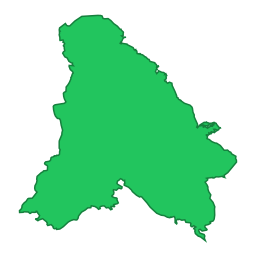 Podeni, Mehedinti, Romania (Equal Earth projection)
{"feature_id": "2599482B44594085370123", "entity_name": "Podeni", "entity_type": "district", "adm_level": 2, "iso_a3": "ROU", "parent_name": "Romania", "parent_adm1": "Mehedinti", "projection": "equal_earth", "projection_center": [22.541, 44.895], "detail": "fine", "context": "isolated", "style": "filled", "palette": "green", "viewbox_px": 256, "rotation_deg": 0, "n_neighbors": 0, "source": "geoboundaries", "source_scale": "gbopen_adm2", "svg_char_len": 5821}
<svg xmlns="http://www.w3.org/2000/svg" viewBox="0 0 256 256"><path d="M102.1,16.0L100.6,15.5L97.7,15.4L81.8,16.4L74.9,21.0L69.8,25.9L68.1,26.0L66.6,25.4L65.4,23.5L59.6,27.9L59.2,30.0L60.0,31.1L59.4,31.2L59.5,33.3L59.2,34.8L59.9,37.6L59.9,40.2L60.1,40.5L63.0,40.0L63.5,41.3L62.9,42.1L64.3,43.0L64.7,43.8L63.4,45.7L63.5,46.0L64.2,46.5L64.3,48.7L64.8,50.8L63.4,51.9L62.7,53.2L64.8,56.8L67.2,58.0L68.9,61.3L71.0,62.7L72.5,63.1L72.3,64.5L73.3,65.7L69.2,65.4L69.1,66.5L70.3,69.6L72.5,71.5L73.2,73.0L72.3,74.0L71.5,76.8L70.9,77.4L70.9,78.9L69.4,82.4L68.0,84.7L66.1,87.1L66.2,88.0L65.9,91.5L64.2,92.3L63.4,93.3L63.7,96.4L64.4,98.9L65.9,101.9L64.5,103.3L55.1,104.8L53.8,105.6L53.3,106.4L53.6,109.9L54.6,114.1L55.5,116.2L57.4,118.4L59.5,118.7L60.4,120.2L61.2,125.1L62.6,130.2L61.9,133.0L61.9,134.5L59.3,140.8L59.2,142.0L59.2,148.2L60.1,149.8L59.6,151.5L59.5,154.2L58.4,155.4L56.8,155.2L56.4,155.8L55.0,155.8L54.6,156.2L54.3,155.9L52.9,157.0L51.7,157.2L51.1,157.6L50.5,160.3L49.4,161.2L45.6,161.9L44.8,162.8L44.6,163.6L45.2,164.5L47.2,165.5L47.6,166.5L47.4,170.0L46.7,170.5L43.5,170.9L42.8,171.9L41.3,172.6L37.1,176.4L36.7,179.2L37.0,180.5L36.4,183.1L35.0,185.7L34.7,188.1L35.1,190.1L37.0,192.1L32.3,198.2L28.6,198.4L27.8,198.8L25.9,201.6L24.4,202.6L22.5,204.8L21.9,206.2L22.1,206.9L21.3,208.9L19.5,210.6L19.6,212.5L23.2,212.3L24.0,211.8L28.3,212.0L29.9,213.4L30.6,213.3L31.6,212.3L35.0,212.4L36.0,212.1L36.1,211.3L36.9,211.3L37.7,213.0L39.6,215.5L39.1,216.9L37.7,218.6L35.8,218.8L35.7,219.3L37.9,220.7L39.2,219.9L42.6,218.7L46.3,221.6L47.3,223.1L47.0,224.4L47.8,225.5L51.2,224.6L53.3,226.8L53.1,227.6L53.9,228.5L54.9,228.8L56.3,228.3L56.7,229.4L59.9,229.0L63.4,226.6L68.3,222.0L70.8,220.6L73.7,219.6L76.2,220.0L77.0,219.8L78.0,218.4L78.6,215.9L81.6,212.1L85.4,209.9L87.7,207.9L90.8,207.7L91.3,205.8L95.0,206.5L97.5,208.1L98.5,209.3L100.2,208.6L99.8,207.7L100.2,206.9L101.0,206.3L102.9,205.9L104.4,206.0L106.3,207.9L108.3,207.5L109.7,208.5L110.5,209.7L112.0,209.3L112.0,208.7L110.9,207.4L111.0,206.4L114.3,206.7L114.6,206.2L113.5,205.3L113.6,204.6L117.3,203.7L118.3,202.9L117.0,199.9L117.1,198.6L116.6,198.0L114.2,197.6L112.0,196.5L111.9,195.8L113.5,194.4L113.7,193.9L113.9,192.2L113.3,190.7L113.5,189.7L116.4,190.2L118.7,188.1L121.1,188.8L121.8,188.3L122.1,186.9L117.8,184.4L116.9,183.3L117.6,180.9L118.7,180.4L120.5,178.7L122.1,179.4L123.3,180.7L124.6,180.3L124.8,183.7L124.2,183.9L124.2,185.2L128.5,187.2L131.4,189.9L132.4,191.6L136.5,195.2L139.6,197.0L140.9,196.5L141.8,197.0L147.0,202.9L150.3,207.3L156.7,213.2L161.2,215.2L164.3,215.6L167.3,217.2L169.7,217.7L170.8,217.0L171.0,217.4L174.1,216.5L174.6,217.0L175.1,218.6L175.1,222.6L176.6,223.9L176.9,223.4L176.6,222.2L175.9,221.2L176.8,219.9L177.9,219.2L178.5,219.6L179.3,219.2L181.8,220.2L184.8,219.8L185.9,222.3L190.2,222.8L190.9,223.4L190.6,225.4L191.1,226.4L192.1,226.8L193.7,225.7L195.8,227.0L193.9,228.1L193.7,228.7L194.5,228.8L195.1,230.2L194.8,231.1L195.4,233.6L198.2,236.1L200.5,236.9L205.3,240.6L204.3,238.1L204.8,236.0L204.1,234.5L199.9,233.1L198.8,231.0L198.8,230.2L199.2,229.5L200.2,229.3L201.6,230.7L202.3,231.0L206.7,230.1L207.0,229.4L204.9,227.2L204.9,225.9L205.6,225.2L208.4,224.5L210.4,223.4L210.7,222.9L209.9,222.1L210.2,221.7L212.9,221.1L213.5,220.4L214.2,219.0L214.7,215.2L214.5,208.9L214.8,206.8L213.0,202.3L209.8,198.4L210.8,194.9L208.8,191.8L207.9,189.0L207.9,186.8L207.4,186.3L207.4,185.5L205.1,182.1L207.6,180.0L207.7,178.6L206.9,178.2L207.3,178.1L212.7,177.5L213.0,178.0L214.4,177.8L215.8,176.8L218.5,176.9L222.7,176.3L223.0,177.0L224.5,177.4L224.0,176.8L224.5,176.3L224.2,175.2L227.8,172.6L236.5,162.1L236.4,160.1L235.6,158.5L235.9,156.3L231.8,154.0L230.7,152.2L229.2,151.6L227.6,150.1L224.2,150.3L220.4,145.6L216.7,143.2L215.1,143.0L211.8,141.6L209.4,139.6L207.0,138.6L207.5,136.7L206.5,135.3L207.6,135.2L207.3,134.8L208.6,134.8L209.5,134.2L208.9,133.6L208.9,132.9L210.9,133.9L211.6,133.1L210.8,132.5L211.3,131.7L213.2,132.4L213.8,131.6L213.6,131.2L214.3,131.7L214.5,132.4L215.4,131.7L214.7,131.6L214.8,130.8L213.8,129.3L214.9,129.2L216.8,129.8L216.4,130.2L217.0,130.6L218.6,129.7L219.4,128.1L220.4,128.0L220.3,127.7L219.2,127.6L216.4,124.1L216.3,123.5L215.3,123.0L213.6,124.0L213.8,124.9L212.3,125.6L212.4,126.3L210.6,126.2L209.0,127.3L208.1,126.9L207.7,127.2L208.0,127.6L207.7,128.2L204.5,126.4L203.7,127.2L203.3,127.0L204.1,125.8L203.8,125.6L203.0,126.0L202.3,125.5L200.5,125.8L200.4,125.1L202.1,125.3L203.2,124.9L204.7,125.5L207.4,125.8L208.2,125.5L208.3,124.9L211.5,125.2L214.6,123.1L214.5,122.5L213.9,122.4L211.3,123.3L209.1,123.3L207.7,122.6L207.1,122.8L206.4,122.0L205.0,122.6L204.2,122.3L200.0,124.9L197.5,127.8L196.7,127.2L197.6,125.1L197.5,124.2L194.2,116.9L194.2,114.9L193.0,112.3L192.4,108.2L191.8,106.9L190.0,105.2L184.5,103.3L180.6,100.6L180.8,100.4L179.9,99.8L178.7,99.4L178.0,98.3L178.1,98.0L176.8,97.2L176.6,95.6L175.0,91.6L172.2,85.6L171.9,83.2L169.5,82.2L167.7,83.2L166.3,82.3L166.1,81.2L164.9,81.2L164.5,80.1L165.8,79.2L166.3,78.1L166.0,75.9L166.7,75.6L165.8,73.7L164.8,74.3L165.0,73.6L163.7,72.5L161.8,72.3L158.6,70.8L158.4,71.8L156.7,73.6L155.5,71.5L155.9,70.8L155.9,70.0L156.7,69.1L157.1,69.3L156.5,67.6L156.7,66.9L157.5,67.2L158.5,66.6L158.3,65.9L157.5,66.2L156.9,65.7L156.2,64.4L154.8,63.3L154.8,62.7L150.0,61.4L149.0,59.4L148.0,59.2L145.7,56.9L144.8,56.8L143.7,55.6L142.2,54.7L140.5,54.4L140.4,53.9L139.9,54.2L139.2,53.6L138.6,53.9L137.1,53.5L136.8,51.1L136.2,50.4L135.3,50.6L135.0,50.1L135.3,49.6L134.2,49.7L133.1,47.6L127.0,44.5L127.0,44.1L121.9,43.3L121.2,43.8L120.2,43.4L120.5,42.7L121.1,43.0L121.4,42.4L121.0,42.2L121.0,41.8L121.8,41.1L123.0,38.5L124.0,37.6L126.0,37.2L123.1,37.1L121.6,35.9L123.0,35.6L123.3,35.0L123.0,34.2L123.4,32.6L123.2,31.9L121.2,30.1L121.1,29.3L120.0,29.2L117.4,26.2L113.8,23.7L110.8,20.5L108.1,18.6L104.7,18.8L103.0,18.4L102.1,16.0Z" fill="#22c55e" stroke="#15803d" stroke-width="1.5"/></svg>